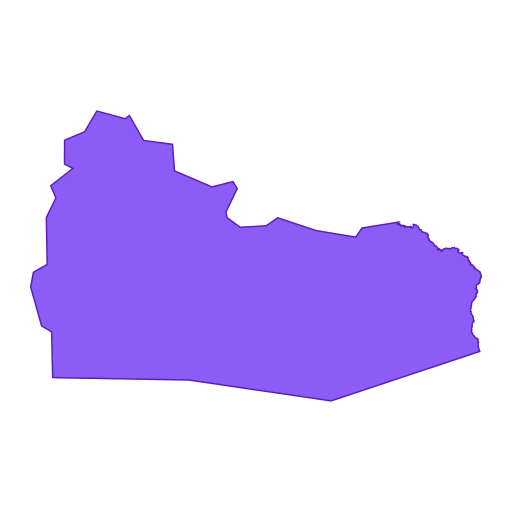 outline of Pibor, Jonglei, South Sudan
{"feature_id": "79223893B32810285770131", "entity_name": "Pibor", "entity_type": "district", "adm_level": 2, "iso_a3": "SSD", "parent_name": "South Sudan", "parent_adm1": "Jonglei", "projection": "orthographic", "projection_center": [34.735, 6.56], "detail": "fine", "context": "isolated", "style": "filled", "palette": "violet", "viewbox_px": 512, "rotation_deg": 0, "n_neighbors": 0, "source": "geoboundaries", "source_scale": "gbopen_adm2", "svg_char_len": 5674}
<svg xmlns="http://www.w3.org/2000/svg" viewBox="0 0 512 512"><path d="M260.9,390.6L331.0,400.9L479.7,351.4L479.5,351.0L479.4,350.1L479.4,349.6L479.0,349.1L478.7,348.9L478.5,348.5L478.5,347.8L478.6,347.2L478.0,346.2L478.2,345.9L478.2,345.6L478.2,345.2L478.1,344.4L478.1,343.8L478.1,343.4L478.1,342.9L478.4,342.5L478.6,342.3L478.4,342.1L478.0,341.9L478.0,341.3L477.8,340.9L477.8,340.4L478.0,340.1L478.1,339.6L478.0,339.4L477.7,339.0L477.6,338.5L476.5,338.3L475.8,338.1L475.6,337.6L474.9,337.2L474.6,336.7L474.4,336.0L473.7,335.8L473.2,335.4L473.1,334.9L472.7,334.4L472.6,333.7L472.2,333.0L471.9,332.5L471.4,331.9L471.4,331.5L471.4,331.0L471.7,330.6L471.6,329.6L471.6,329.1L471.6,328.6L471.6,328.1L471.6,327.6L471.9,327.2L472.2,326.4L472.2,326.0L472.1,325.6L472.2,324.9L472.2,324.4L472.3,324.0L472.3,323.3L472.4,322.9L472.6,322.4L473.3,322.2L473.9,321.8L473.9,321.4L473.9,320.9L473.9,320.5L473.5,320.3L473.5,319.9L473.5,319.3L473.4,318.7L473.1,318.2L473.2,317.6L473.1,317.1L473.0,316.7L472.8,316.3L472.7,315.9L472.5,315.5L471.9,314.8L471.6,314.0L471.0,313.4L470.9,312.6L471.0,312.3L471.2,311.7L470.6,311.2L470.5,310.8L471.9,302.0L474.4,299.2L474.7,298.8L475.3,297.9L475.3,297.7L475.8,297.1L475.8,296.7L476.2,296.4L476.3,296.3L476.2,295.8L476.1,295.3L476.1,294.6L476.1,294.4L475.9,294.2L476.0,293.9L476.4,293.7L476.4,293.3L476.7,293.2L476.9,293.0L477.2,293.0L477.5,292.6L477.5,292.3L477.5,291.6L477.5,291.0L477.5,290.9L477.2,290.5L477.0,290.3L476.5,290.1L476.8,289.8L476.4,289.5L476.4,289.2L476.3,288.9L476.3,288.4L476.0,288.3L476.2,287.8L476.5,287.3L476.4,286.8L476.4,286.4L476.2,285.8L476.3,285.3L476.6,285.1L476.5,284.7L476.9,284.4L477.0,284.3L477.3,284.3L477.6,284.2L477.8,284.1L478.3,283.9L478.5,283.8L478.7,283.6L478.7,283.4L478.9,283.1L479.4,283.1L479.4,282.7L479.7,282.3L479.7,282.0L479.7,281.7L479.8,281.4L479.8,281.2L479.9,280.9L480.0,280.7L480.0,280.4L479.8,280.2L480.2,279.9L480.2,279.4L480.2,279.1L480.2,278.8L480.4,278.5L480.4,278.2L480.7,277.9L480.9,277.8L481.1,277.7L481.3,277.3L481.3,276.9L481.2,276.5L481.2,276.3L481.0,275.8L481.1,275.5L481.2,275.3L481.0,275.2L480.8,274.9L480.8,274.4L480.5,274.0L480.4,273.5L480.4,272.8L480.1,272.4L479.9,271.8L479.4,271.4L479.0,271.6L478.5,271.1L478.1,271.0L477.8,270.6L477.5,270.2L477.2,269.8L476.5,269.6L476.4,269.3L476.1,269.1L475.5,269.0L474.9,268.8L474.6,268.8L474.4,268.6L474.6,268.2L474.4,267.9L474.2,267.7L474.4,267.6L474.7,267.5L474.4,267.1L474.1,266.8L473.8,266.4L473.3,266.1L472.8,265.5L472.7,265.1L472.1,264.9L471.7,264.9L470.8,265.5L470.4,265.8L470.6,265.4L470.4,265.1L470.4,264.5L470.7,263.9L470.7,263.4L470.6,262.8L470.2,262.4L469.4,262.1L469.1,261.5L469.4,261.1L469.5,260.8L469.2,260.4L468.8,260.4L468.4,260.4L468.1,259.9L467.9,259.2L468.2,258.3L468.2,257.9L467.7,257.5L467.3,257.2L467.2,256.6L466.7,256.4L466.0,256.6L465.4,256.5L465.0,256.4L464.7,255.9L463.9,255.6L463.3,255.4L463.1,255.2L462.8,254.9L462.1,254.4L462.1,253.7L462.2,253.1L462.7,252.9L462.6,252.7L462.1,252.5L461.5,252.6L460.9,252.9L460.4,253.1L460.1,253.2L459.7,253.0L459.3,252.8L458.8,252.8L458.6,252.5L458.5,251.9L458.0,251.6L457.7,251.3L457.8,250.9L458.4,250.6L458.8,250.4L458.9,249.9L458.9,249.5L458.3,249.3L457.8,249.0L457.3,248.7L456.9,248.5L456.2,248.3L455.7,248.5L455.3,248.4L454.8,248.0L454.5,247.6L454.2,247.9L453.8,247.9L452.8,247.7L451.9,247.9L451.1,248.3L450.4,248.9L449.9,248.9L449.3,248.5L448.8,248.5L448.1,248.5L447.6,248.7L447.3,248.4L446.7,248.4L446.4,248.3L446.0,248.2L445.5,248.5L445.0,248.5L444.6,248.7L444.3,249.0L443.7,249.2L443.2,249.2L442.9,249.6L442.5,249.7L442.1,249.9L441.9,250.4L442.3,251.0L442.0,251.1L441.5,251.1L441.2,251.2L440.8,250.6L440.8,250.3L440.3,249.8L439.9,249.7L439.5,249.4L439.5,248.9L439.1,248.7L438.9,249.1L438.7,249.7L438.2,250.2L437.8,250.1L437.8,249.6L437.6,249.2L437.4,248.8L437.5,248.2L437.5,247.4L436.9,247.0L436.4,246.9L436.0,246.4L435.8,245.9L435.3,246.0L435.0,245.9L434.6,245.6L434.3,244.8L433.8,244.1L433.3,243.4L432.8,242.7L432.2,242.3L431.5,242.2L430.9,242.4L430.8,241.9L430.8,241.5L430.4,241.2L429.7,240.6L429.4,240.2L428.8,240.1L429.0,239.8L429.2,239.4L429.1,239.0L428.6,238.8L428.2,238.1L428.1,237.3L427.9,236.8L427.4,236.5L427.3,236.1L427.8,235.9L428.2,235.5L428.3,234.8L427.7,234.5L427.2,233.8L427.1,233.3L426.5,233.3L425.8,233.2L425.5,233.0L425.0,232.8L424.4,232.4L423.4,232.2L422.9,232.2L422.2,231.9L421.7,231.0L421.3,230.6L421.3,229.9L420.7,229.8L420.2,229.8L419.6,229.6L419.3,229.0L419.0,228.1L418.7,227.7L418.1,226.8L418.0,226.3L417.8,226.3L417.2,226.0L416.6,225.8L416.0,225.0L415.5,225.0L414.9,224.7L414.5,224.6L414.1,224.5L413.3,224.5L413.3,225.0L413.3,225.5L413.3,226.1L413.3,226.5L413.2,227.1L412.8,227.7L412.5,228.0L411.9,228.0L411.3,227.8L411.2,227.3L411.2,226.7L410.8,226.5L410.2,226.5L409.5,226.7L409.1,226.9L408.7,226.8L408.2,226.8L407.9,226.9L407.4,226.8L407.2,227.0L406.8,226.9L406.5,226.7L406.2,226.9L405.9,226.7L405.6,226.1L405.1,226.2L404.6,226.7L404.5,226.1L404.4,225.9L404.1,226.0L403.5,226.3L403.3,225.9L403.3,225.4L403.2,225.3L402.7,225.3L402.5,225.7L402.0,225.7L401.9,225.9L401.7,226.0L401.0,225.6L400.7,225.9L400.3,225.6L400.5,224.8L399.7,224.8L399.5,224.4L399.7,223.9L399.6,223.6L398.8,223.9L398.6,224.3L398.1,223.9L397.4,224.3L397.2,223.8L397.1,223.2L397.2,222.6L397.5,222.3L398.0,222.3L398.5,222.3L398.7,222.1L362.0,228.0L355.7,237.1L316.2,230.6L277.7,217.8L266.1,225.8L240.2,227.3L227.1,217.7L226.0,211.9L237.2,188.6L233.0,181.6L211.9,186.9L174.5,170.9L172.7,147.0L172.5,144.3L143.6,140.5L129.4,115.5L125.2,118.7L96.8,111.1L84.6,131.8L64.6,140.2L64.5,164.1L72.9,168.4L50.7,185.8L55.9,198.0L46.3,217.6L47.2,264.4L33.4,272.3L30.7,287.1L41.6,325.9L51.6,331.8L52.7,377.6L188.4,380.0L260.9,390.6Z" fill="#8b5cf6" stroke="#5b21b6" stroke-width="1.5"/></svg>